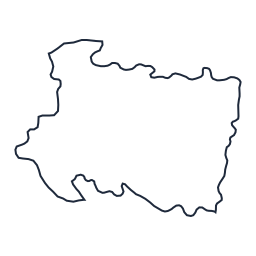 Nyasvizh, Minsk, Belarus (Mercator projection)
{"feature_id": "67162791B10653728732828", "entity_name": "Nyasvizh", "entity_type": "district", "adm_level": 2, "iso_a3": "BLR", "parent_name": "Belarus", "parent_adm1": "Minsk", "projection": "mercator", "projection_center": [26.624, 53.238], "detail": "fine", "context": "isolated", "style": "outline", "palette": "slate", "viewbox_px": 256, "rotation_deg": 0, "n_neighbors": 0, "source": "geoboundaries", "source_scale": "gbopen_adm2", "svg_char_len": 2979}
<svg xmlns="http://www.w3.org/2000/svg" viewBox="0 0 256 256"><path d="M48.8,53.5L50.2,58.4L52.0,61.6L53.3,66.5L52.1,71.7L50.6,74.5L51.4,77.0L54.1,79.0L58.8,79.5L60.4,81.0L60.7,84.0L60.4,86.4L58.2,88.9L57.1,92.0L58.0,99.1L58.3,104.9L58.0,111.0L54.1,115.2L49.9,115.5L42.5,115.5L38.6,116.8L38.3,123.0L37.6,127.2L34.1,129.4L30.2,129.4L27.6,132.0L28.6,138.1L27.3,141.4L24.4,143.6L22.1,144.6L16.7,146.5L15.4,149.7L16.0,153.9L18.6,157.8L22.8,158.5L28.6,159.1L33.4,160.7L37.0,165.2L38.9,170.1L40.5,175.9L45.0,183.0L48.6,187.5L53.1,191.7L57.6,196.5L63.1,198.5L66.7,200.7L73.4,201.7L78.9,200.4L83.8,199.8L84.4,199.8L81.0,195.0L78.9,191.7L76.4,189.0L74.3,186.1L73.1,184.5L71.9,181.3L72.6,180.8L74.7,179.2L75.3,178.2L76.5,175.7L80.7,174.7L83.3,175.6L84.5,177.3L84.6,178.4L85.8,180.1L87.8,181.1L89.2,181.0L90.9,180.1L91.9,180.0L94.2,181.4L94.6,183.9L95.4,185.5L96.3,187.8L98.0,190.8L102.4,192.8L104.1,192.7L106.5,192.0L109.4,191.2L112.2,192.0L114.1,194.4L116.8,195.9L120.6,195.6L122.6,193.7L123.5,191.5L122.7,189.1L121.7,186.1L122.7,183.6L125.1,184.3L127.0,186.4L130.9,190.0L134.2,192.6L136.0,194.2L140.2,195.9L145.3,198.8L150.2,202.5L154.1,206.0L161.9,210.6L164.9,211.5L167.8,211.0L169.7,210.1L171.7,209.0L173.3,207.6L176.3,205.6L179.1,205.3L181.1,206.2L182.9,208.5L184.3,212.2L186.9,215.2L190.9,216.0L193.3,215.2L195.3,212.6L196.6,209.6L199.3,207.4L202.3,207.5L204.9,209.3L206.7,210.4L208.8,210.8L211.5,210.9L213.7,211.3L215.4,212.0L215.5,212.1L215.9,209.7L216.0,205.5L217.0,203.5L219.4,201.8L221.7,200.0L221.8,198.2L221.0,194.7L219.6,193.1L218.6,191.1L218.0,187.4L218.9,184.9L220.2,182.3L222.6,178.7L224.3,176.0L224.9,172.8L225.2,169.6L226.2,165.7L227.0,163.1L227.3,160.4L226.3,158.0L225.4,154.9L225.9,150.7L226.8,147.2L228.6,145.9L229.9,144.1L230.5,141.5L229.9,139.4L230.4,137.5L232.3,136.2L234.0,135.1L235.5,132.3L235.8,129.7L234.8,128.3L233.3,126.6L232.1,125.2L231.7,123.1L232.8,121.7L234.6,121.1L235.9,120.4L238.2,118.7L238.5,116.3L238.2,105.0L238.9,99.8L239.6,96.4L239.6,93.5L239.3,87.6L240.2,84.3L240.6,82.0L239.4,80.0L238.0,78.9L237.3,78.4L234.1,77.3L230.8,77.1L228.6,78.0L226.6,79.1L224.1,79.8L219.6,80.3L217.0,80.3L213.0,78.8L211.7,77.1L211.2,75.4L210.9,72.9L210.0,70.2L209.0,68.8L207.1,68.1L204.3,67.9L203.4,68.3L202.8,70.0L202.9,72.4L202.7,74.9L201.0,76.7L197.9,77.9L195.6,78.7L192.2,79.5L189.0,78.9L186.2,76.9L183.3,75.8L180.0,74.5L175.4,73.4L172.4,74.3L171.5,75.5L169.1,77.5L167.7,78.1L165.3,77.8L162.9,76.8L159.5,76.8L157.8,76.9L154.3,77.7L151.3,77.2L150.3,74.6L152.7,72.7L154.4,71.3L154.5,69.5L152.2,67.1L150.4,66.0L148.1,65.9L145.5,66.2L141.1,64.4L139.1,64.3L136.2,65.5L134.6,67.2L132.3,68.9L128.9,69.6L126.0,69.9L123.8,69.5L120.3,67.7L119.5,65.9L117.7,63.7L115.0,63.0L112.1,63.0L109.8,64.7L107.6,65.7L104.3,66.2L100.8,66.2L95.8,65.1L93.2,63.7L91.7,61.6L90.8,57.1L92.9,54.2L95.1,52.4L97.5,51.3L99.8,50.4L100.7,48.1L102.5,44.9L102.2,41.4L95.8,41.0L86.7,40.0L81.6,40.0L73.6,42.5L64.0,43.5L57.4,48.6L51.4,52.6L48.8,53.5Z" fill="none" stroke="#1e293b" stroke-width="2"/></svg>